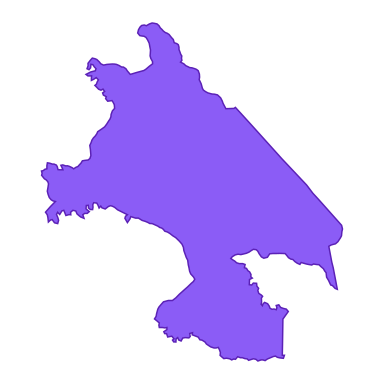 Toledo, Paraná, Brazil
{"feature_id": "56859067B98926279804018", "entity_name": "Toledo", "entity_type": "district", "adm_level": 2, "iso_a3": "BRA", "parent_name": "Brazil", "parent_adm1": "Paraná", "projection": "robinson", "projection_center": [-53.821, -24.698], "detail": "fine", "context": "isolated", "style": "filled", "palette": "violet", "viewbox_px": 384, "rotation_deg": 0, "n_neighbors": 0, "source": "geoboundaries", "source_scale": "gbopen_adm2", "svg_char_len": 5575}
<svg xmlns="http://www.w3.org/2000/svg" viewBox="0 0 384 384"><path d="M235.4,107.4L234.0,108.4L225.9,108.7L224.4,105.9L223.0,103.2L222.3,101.1L220.6,97.8L217.5,94.9L214.6,94.2L211.9,94.0L207.9,92.9L205.5,91.6L203.4,90.1L202.4,88.3L201.2,83.9L200.2,81.7L199.2,79.7L199.6,77.2L199.4,74.0L198.2,70.7L196.5,69.4L194.8,68.7L191.9,67.8L189.7,67.6L188.0,66.7L185.8,65.7L183.8,63.8L180.5,62.1L181.9,60.4L181.5,58.2L181.8,56.0L180.7,54.2L179.8,51.6L179.0,49.5L179.0,47.2L178.3,44.7L176.8,43.6L174.2,42.7L173.3,39.5L172.0,38.1L170.8,36.7L169.1,34.5L167.1,33.2L165.4,32.6L163.4,31.1L161.9,29.4L160.3,27.9L159.0,25.7L157.0,23.9L154.2,23.3L152.1,23.0L149.3,24.0L146.4,25.7L144.2,25.0L141.6,25.5L140.0,27.1L138.5,29.7L137.7,33.0L139.8,35.6L141.9,36.0L143.9,36.2L146.0,37.4L147.6,39.9L149.2,43.2L149.9,47.0L150.5,50.0L150.3,53.3L150.1,55.9L150.8,58.4L152.5,61.5L152.6,63.8L149.4,66.2L145.9,69.2L143.9,70.5L136.6,72.5L130.3,74.4L127.3,70.9L125.9,68.7L123.5,67.1L121.6,67.0L119.1,65.5L116.5,64.4L114.6,64.1L112.4,64.0L106.9,64.4L103.6,65.1L100.8,63.8L99.2,61.8L96.8,59.5L94.9,58.7L92.3,58.1L90.4,60.2L88.0,63.3L88.1,65.8L87.0,68.7L89.0,69.7L90.6,67.8L90.9,64.3L92.9,64.7L94.3,66.9L96.0,68.7L95.3,70.8L93.6,71.2L90.6,72.0L86.0,74.4L87.9,75.9L89.7,75.9L91.6,75.9L91.4,78.1L91.4,80.4L94.0,79.1L96.2,77.6L98.4,79.8L97.2,81.9L96.4,84.2L94.9,85.4L96.7,87.2L98.6,89.2L101.0,90.2L103.0,89.1L104.6,91.5L102.6,92.9L103.4,95.1L106.3,96.7L105.6,98.6L107.7,101.2L112.0,100.6L113.1,102.3L114.3,104.7L114.6,108.4L112.4,110.9L111.1,114.4L110.9,116.8L109.9,119.2L108.7,120.9L106.7,124.1L104.6,126.9L101.7,129.0L97.7,131.7L96.8,133.8L95.1,136.2L93.5,137.8L91.9,140.2L91.1,142.6L89.8,145.4L90.4,149.5L90.9,155.6L89.9,158.5L88.1,160.0L84.7,160.4L82.4,160.8L81.0,163.1L79.3,164.9L77.9,166.5L75.9,167.3L73.7,168.8L72.0,167.6L69.2,166.3L67.5,165.8L65.7,165.9L62.8,164.9L60.9,165.3L61.9,167.3L62.9,169.8L59.9,169.8L58.0,169.6L57.3,166.8L56.4,165.1L54.1,164.1L52.4,164.1L49.8,163.2L47.4,162.8L46.9,165.6L46.9,168.8L44.8,169.3L43.3,170.6L41.5,171.0L42.1,173.3L41.6,175.3L44.4,178.8L46.1,179.8L47.8,181.7L48.5,183.8L48.0,187.3L47.3,191.2L48.1,194.4L49.3,197.6L51.2,199.8L53.0,200.9L55.4,201.5L50.6,206.4L45.5,212.2L47.3,214.8L47.9,217.6L48.4,222.0L50.4,220.1L52.2,219.6L54.5,222.8L57.7,223.6L58.6,220.4L57.8,217.5L56.5,214.4L57.6,212.3L59.7,214.5L61.9,210.9L63.8,210.3L65.9,215.5L69.0,214.6L70.8,214.8L70.6,212.3L72.9,210.3L75.8,211.0L77.0,213.9L79.2,215.8L80.7,217.0L84.0,218.3L82.8,214.7L84.7,213.4L87.2,213.4L89.3,211.6L87.6,210.2L86.0,208.8L86.3,205.5L88.3,205.3L88.5,208.0L90.3,209.5L92.6,209.6L93.0,207.2L92.8,204.7L93.7,202.7L96.8,203.1L98.1,205.4L99.1,208.0L100.8,206.1L101.9,207.8L105.2,209.0L108.5,206.4L110.7,205.7L112.6,206.3L114.7,207.4L117.6,209.8L122.0,212.0L127.4,214.7L125.5,216.3L124.9,218.3L127.4,222.6L129.9,219.0L130.8,216.6L135.5,218.1L138.4,218.1L142.1,220.4L145.1,221.3L148.0,222.5L149.7,223.5L152.2,223.6L157.8,226.1L159.8,227.5L161.6,228.0L163.2,229.2L164.8,231.2L167.4,232.0L169.9,233.5L172.8,235.8L175.7,237.6L179.4,241.2L182.0,244.2L183.4,247.3L183.9,250.7L186.3,257.5L187.7,260.2L188.3,264.9L189.0,267.8L189.6,271.2L190.7,273.9L193.5,277.0L194.8,279.2L193.4,281.5L191.3,283.3L187.5,287.0L184.2,289.9L179.4,294.2L175.9,297.8L172.4,300.5L168.3,300.5L163.5,301.8L161.0,304.6L158.9,307.1L157.8,309.2L156.6,313.6L156.1,316.4L154.5,318.9L159.3,322.9L158.9,325.2L159.3,327.5L162.3,327.5L165.0,327.9L166.9,327.5L166.9,329.6L163.8,331.7L164.7,333.6L166.6,333.7L167.7,337.0L171.8,336.2L174.0,338.8L172.5,340.1L173.7,341.9L175.9,342.0L176.1,338.8L177.7,337.6L178.7,340.0L181.1,341.0L182.7,338.1L185.1,337.6L188.9,337.9L190.2,336.5L189.7,333.5L192.5,332.7L192.2,334.8L195.9,336.2L198.2,337.1L199.9,339.8L201.9,340.1L203.6,341.1L205.1,342.1L206.4,344.0L208.0,345.1L210.7,346.9L214.1,348.0L215.9,348.0L218.3,347.4L219.5,349.9L220.4,352.5L220.1,355.4L221.9,357.0L223.8,358.6L226.5,358.2L229.7,358.8L231.7,359.9L233.7,359.0L235.5,359.3L237.7,356.7L240.3,357.7L242.4,357.7L244.8,358.6L247.2,358.9L248.6,360.3L250.5,359.7L253.4,358.8L255.9,359.3L257.9,361.0L261.1,359.9L262.9,359.9L265.1,360.6L267.4,359.0L273.4,356.5L275.5,356.1L277.3,357.3L279.9,357.9L283.4,358.3L284.4,355.3L282.3,355.3L282.5,344.9L282.9,319.1L288.3,311.5L286.3,309.1L283.3,308.4L280.6,307.4L278.8,304.8L276.2,305.5L276.9,307.7L276.3,309.7L274.0,309.0L271.9,309.3L269.9,308.1L269.3,306.2L267.6,303.7L264.6,302.4L263.1,303.8L262.4,305.7L261.1,304.2L261.6,302.2L261.4,298.1L262.6,296.3L261.3,295.0L258.8,293.4L257.8,290.5L258.6,288.3L256.9,286.2L256.6,283.3L253.3,283.1L251.7,285.0L249.3,284.7L249.4,282.4L249.5,279.5L252.3,278.1L250.8,276.8L251.0,274.5L249.6,271.9L247.9,270.7L246.5,268.4L244.4,267.7L245.1,264.5L242.6,263.6L239.3,263.6L236.6,262.8L234.9,261.2L233.0,260.0L230.8,258.5L232.3,256.7L235.2,254.9L238.0,254.2L240.9,254.6L243.4,254.0L246.3,253.3L248.9,252.2L251.2,250.6L253.4,249.3L256.3,249.7L257.8,251.2L259.2,253.8L261.4,256.9L263.8,258.2L267.4,257.3L269.7,253.8L272.9,253.5L276.2,253.5L279.9,253.4L283.4,253.5L285.2,253.6L286.8,255.5L288.5,257.7L290.8,259.1L292.9,259.5L294.8,261.5L297.2,263.2L299.9,264.4L301.2,262.5L303.9,263.3L306.4,264.0L308.8,264.5L311.7,265.0L313.6,264.0L316.4,264.5L319.0,264.7L320.9,266.6L323.4,268.7L324.7,271.0L326.1,272.7L326.6,277.2L328.5,280.3L330.7,285.0L332.5,285.6L335.1,288.4L337.3,289.3L335.4,279.2L333.2,267.7L331.8,262.2L328.8,246.3L331.1,245.0L332.8,244.5L335.5,243.8L337.9,241.7L340.4,237.9L341.5,235.8L341.9,231.6L342.5,229.0L341.6,225.3L318.8,199.7L312.9,193.3L306.6,185.0L281.8,158.7L256.5,130.6L248.9,122.2L235.4,107.4Z" fill="#8b5cf6" stroke="#5b21b6" stroke-width="1.5"/></svg>